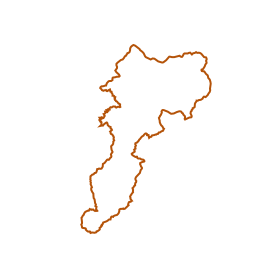 the district of Rio Iró (Santa Rita), Chocó, Colombia, rotated 312°
{"feature_id": "7082276B57881293772314", "entity_name": "Rio Iró (Santa Rita)", "entity_type": "district", "adm_level": 2, "iso_a3": "COL", "parent_name": "Colombia", "parent_adm1": "Chocó", "projection": "orthographic", "projection_center": [-76.486, 5.181], "detail": "fine", "context": "isolated", "style": "outline", "palette": "amber", "viewbox_px": 256, "rotation_deg": 312, "n_neighbors": 0, "source": "geoboundaries", "source_scale": "gbopen_adm2", "svg_char_len": 5936}
<svg xmlns="http://www.w3.org/2000/svg" viewBox="0 0 256 256"><g transform="rotate(312 128 128)"><path d="M26.3,171.2L27.8,173.3L29.3,174.2L30.2,173.8L31.0,174.4L33.2,174.9L33.9,174.8L34.8,173.7L36.3,174.1L36.7,174.1L37.2,173.6L38.1,174.0L38.6,173.2L39.8,173.5L41.1,172.8L44.1,174.4L45.5,174.9L47.0,175.0L47.7,175.5L48.3,176.2L50.3,175.1L51.2,175.1L51.5,175.4L52.0,176.4L52.6,176.2L53.9,176.6L56.0,178.0L57.6,178.1L58.9,177.9L59.5,177.5L60.1,177.4L61.5,176.2L62.0,176.2L62.9,176.6L64.1,177.9L65.0,178.3L65.0,179.1L65.9,179.7L71.0,180.1L71.2,179.3L72.3,178.7L73.5,178.3L74.3,178.7L75.0,179.4L76.0,179.3L76.5,179.6L77.0,177.2L78.0,176.3L78.3,175.5L79.9,175.0L80.6,175.1L81.3,174.8L83.7,174.7L84.2,174.0L85.4,173.2L86.3,171.6L87.3,171.8L89.1,171.4L90.1,171.7L90.9,170.9L92.2,170.2L93.1,170.3L94.2,169.6L94.5,168.4L95.1,167.5L95.9,167.1L97.1,166.8L102.6,166.9L105.1,165.6L106.9,165.5L107.5,165.3L107.9,164.8L108.1,163.4L108.7,162.5L109.2,161.2L110.1,160.5L112.4,161.4L113.7,162.4L114.3,162.4L114.7,161.7L114.7,160.6L113.6,158.9L113.4,157.4L112.3,156.2L112.0,155.5L112.0,154.9L112.7,153.9L112.5,153.6L111.5,153.0L111.2,151.8L110.8,149.3L111.2,148.1L112.1,148.1L114.9,148.8L115.7,147.9L115.9,147.1L116.8,147.1L117.7,147.4L118.8,145.9L120.2,145.7L120.8,144.2L121.6,143.7L123.7,144.6L124.3,144.3L125.7,144.5L126.9,144.1L128.0,144.3L129.4,144.1L131.0,144.1L132.7,144.6L133.7,144.4L135.5,144.6L136.0,145.0L136.2,145.7L136.2,146.3L135.5,146.9L136.4,147.8L136.5,148.1L135.8,148.6L134.8,150.3L136.2,150.4L137.1,151.2L138.5,150.8L140.4,152.3L141.5,152.7L141.8,153.3L143.3,153.7L143.6,154.2L145.3,153.9L146.0,154.7L147.9,155.1L149.5,155.9L150.6,155.4L151.5,155.3L151.5,154.2L152.2,152.5L152.2,150.9L152.7,149.4L153.5,147.8L154.7,146.6L156.2,144.2L157.9,144.0L158.3,143.7L159.5,143.7L161.6,143.0L162.1,142.8L162.8,141.8L163.9,141.6L164.4,141.6L165.2,142.5L166.8,146.8L167.3,150.2L167.6,150.7L169.4,152.3L172.5,153.6L174.7,154.9L175.3,155.6L175.8,156.7L175.3,157.9L175.6,159.0L175.0,160.1L174.8,162.5L173.8,163.5L172.7,164.0L172.5,164.7L176.9,166.6L178.2,167.8L178.9,167.8L179.6,167.2L180.7,164.7L182.3,163.7L183.2,163.9L184.1,163.3L185.0,163.5L186.0,162.8L187.3,163.4L188.2,163.5L190.8,161.5L191.8,161.2L194.0,161.0L194.3,160.7L195.0,161.6L196.1,161.9L197.6,163.2L199.7,163.8L200.8,163.4L202.2,163.5L202.9,165.0L205.9,165.2L207.3,164.8L209.5,164.6L211.1,163.8L212.0,162.7L216.3,159.8L217.5,158.3L218.7,156.3L218.9,154.2L220.4,152.1L220.4,149.6L221.0,147.3L221.0,146.6L220.3,145.8L220.3,144.9L219.8,144.6L220.2,143.8L220.7,143.6L221.5,144.2L222.1,144.3L225.1,143.8L227.0,143.0L228.8,142.9L229.5,142.3L229.6,141.9L230.1,141.1L231.7,140.5L232.2,139.9L232.7,138.8L231.6,137.1L232.2,132.8L231.9,131.2L231.2,130.1L230.5,129.6L229.9,128.5L229.9,127.8L228.4,127.4L227.2,126.4L225.4,126.3L225.6,123.8L224.6,123.0L223.3,122.5L221.2,120.1L220.3,119.9L218.5,120.4L217.2,120.6L216.5,120.0L216.2,118.8L216.2,118.0L211.7,115.0L210.1,113.3L209.0,111.3L208.5,110.9L203.9,111.0L200.4,110.3L199.5,109.6L197.7,105.9L197.2,101.3L196.2,99.8L194.1,99.0L192.6,93.9L192.7,92.8L194.0,89.7L194.2,87.7L194.0,84.9L194.4,83.7L194.0,78.3L193.4,76.6L192.5,76.2L190.6,75.9L189.4,76.1L188.4,76.5L187.2,77.5L185.6,78.3L184.3,78.2L183.3,77.5L182.8,77.8L181.7,77.7L180.6,78.2L179.2,77.7L177.3,78.1L175.4,78.2L173.7,77.2L169.5,76.5L167.9,76.5L166.8,77.5L166.1,79.0L165.0,79.8L162.2,80.1L161.7,82.0L161.7,85.5L161.1,87.0L160.2,87.0L158.5,85.3L157.1,84.5L155.5,83.1L154.7,83.1L153.2,84.4L151.6,84.0L150.5,82.8L149.7,82.3L147.1,82.3L144.9,83.3L144.4,82.7L143.0,82.0L141.9,81.2L141.6,80.7L140.6,80.3L139.8,80.3L139.1,80.6L139.0,82.7L138.7,83.3L139.2,84.8L140.1,85.1L140.8,86.0L141.5,86.2L141.6,86.7L141.3,87.6L141.6,88.0L143.3,88.3L143.5,89.0L144.4,88.7L144.6,88.8L143.3,90.6L143.9,91.5L143.2,92.1L143.1,93.2L142.2,94.6L141.7,94.9L142.4,95.8L142.5,96.3L141.9,97.2L142.4,97.9L141.7,98.3L141.2,98.2L141.1,98.6L140.5,98.8L140.1,99.6L140.3,100.3L139.9,101.1L140.3,102.3L139.8,104.7L140.2,105.2L140.3,106.3L139.2,107.2L138.5,108.2L138.0,108.0L137.4,106.6L136.5,106.0L135.4,105.7L135.1,105.0L135.4,104.2L134.2,102.7L133.5,102.3L132.6,102.2L132.1,101.8L131.7,101.1L129.9,101.1L129.6,101.7L128.9,101.0L128.8,101.4L128.3,100.8L127.9,101.2L127.4,100.6L127.3,101.8L126.6,101.6L126.4,101.2L126.1,101.9L125.9,102.0L125.4,101.5L125.3,100.4L124.9,100.0L124.4,100.8L123.7,101.1L123.0,101.1L122.1,100.6L121.9,101.4L121.5,101.8L121.4,102.6L119.0,103.1L117.8,102.4L118.5,101.8L118.5,101.3L117.4,100.8L116.6,100.0L116.3,101.1L115.6,101.2L116.2,102.0L115.4,102.0L115.1,102.3L114.6,102.2L114.6,103.0L114.2,103.2L114.2,103.6L114.2,104.0L114.6,104.2L114.4,104.6L112.6,106.1L111.0,106.0L112.1,106.8L113.0,107.8L114.3,107.6L117.1,108.1L117.9,108.5L117.8,109.4L116.6,111.0L116.5,113.0L117.1,114.4L116.0,115.4L116.2,116.5L115.8,117.4L113.4,117.1L113.3,117.8L112.4,118.7L112.2,119.3L112.7,120.8L112.3,121.6L112.2,122.5L111.8,122.9L111.7,123.7L110.1,124.6L109.6,126.0L108.1,126.1L107.8,126.5L106.2,127.6L104.9,127.8L103.7,127.6L102.9,127.9L100.8,130.4L99.9,132.5L99.4,132.7L97.9,132.7L96.8,133.1L96.0,134.5L95.0,135.0L93.8,134.8L91.8,135.1L91.3,134.8L91.1,134.1L90.4,133.7L86.3,134.0L84.5,133.4L82.3,135.1L80.1,135.5L79.0,134.6L78.5,133.6L77.5,133.3L76.9,132.6L74.4,133.9L73.5,134.1L73.0,134.0L72.2,133.3L70.6,133.4L69.3,132.6L67.9,132.6L67.3,132.4L66.6,132.7L65.4,133.9L64.7,134.2L64.1,135.4L63.1,135.8L62.5,137.1L61.3,137.7L59.8,140.9L58.7,140.9L57.4,142.1L56.4,144.6L56.1,146.1L54.0,148.2L52.9,149.5L52.6,150.9L50.2,153.8L49.6,155.4L48.7,155.7L48.1,156.1L48.4,157.3L46.3,158.6L45.9,160.6L45.6,160.5L45.0,159.5L44.3,159.1L44.0,157.3L44.1,156.6L43.6,156.3L43.2,155.5L42.6,155.4L42.2,153.8L40.3,154.2L39.6,153.4L37.1,152.4L35.1,152.6L33.9,153.2L32.7,153.0L31.7,153.4L30.2,153.5L27.1,157.0L26.2,157.7L25.0,157.9L24.2,159.4L23.3,160.5L23.6,161.5L24.7,163.0L25.0,163.7L24.9,164.1L24.2,164.7L24.1,166.3L24.3,167.7L25.6,168.9L25.6,169.3L25.1,169.8L24.9,170.4L26.3,171.2Z" fill="none" stroke="#b45309" stroke-width="2"/></g></svg>